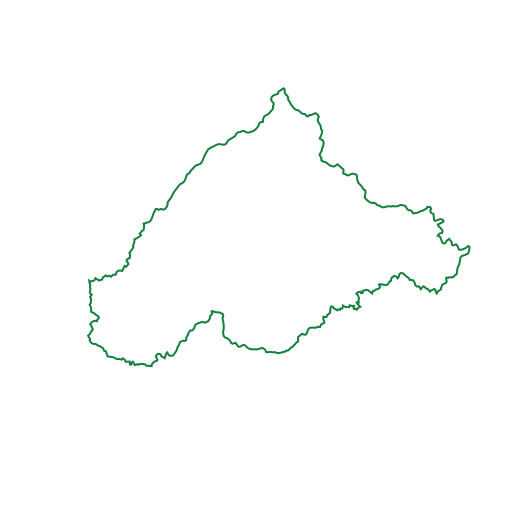 Goiás, Goiás, Brazil, rotated 148°
{"feature_id": "56859067B96777587562664", "entity_name": "Goiás", "entity_type": "district", "adm_level": 2, "iso_a3": "BRA", "parent_name": "Brazil", "parent_adm1": "Goiás", "projection": "orthographic", "projection_center": [-50.254, -15.839], "detail": "fine", "context": "isolated", "style": "outline", "palette": "green", "viewbox_px": 512, "rotation_deg": 148, "n_neighbors": 0, "source": "geoboundaries", "source_scale": "gbopen_adm2", "svg_char_len": 6112}
<svg xmlns="http://www.w3.org/2000/svg" viewBox="0 0 512 512"><g transform="rotate(148 256 256)"><path d="M196.2,364.3L198.7,365.9L199.9,368.3L201.2,369.2L203.9,369.5L205.7,370.5L207.6,370.2L210.5,368.7L218.3,368.8L221.8,367.1L223.9,367.1L228.4,370.7L230.6,371.2L237.2,371.8L240.2,371.7L244.4,369.6L252.2,364.4L254.5,363.6L258.3,364.5L260.0,364.5L267.0,362.6L268.4,361.5L271.2,361.8L276.5,357.6L279.2,356.9L282.6,357.1L291.9,353.6L297.4,350.4L302.4,348.4L304.0,346.2L305.7,344.9L308.6,344.0L310.3,344.6L311.5,346.2L314.0,346.7L314.8,348.1L316.2,349.0L319.8,346.8L324.7,342.9L327.3,341.6L329.5,341.7L334.2,343.0L334.7,341.1L337.5,337.6L339.7,337.6L342.8,336.5L342.5,334.5L346.6,334.2L350.3,334.5L351.5,332.6L354.7,330.0L355.0,328.7L358.0,327.1L361.7,325.7L361.9,324.0L364.4,321.0L365.6,321.6L367.6,321.3L368.5,320.2L368.1,318.2L368.6,316.7L371.9,315.7L372.7,317.2L377.4,314.2L378.7,315.6L380.6,316.5L383.0,316.2L384.9,314.5L387.2,315.9L389.9,315.2L390.8,316.9L392.8,317.5L393.8,319.2L397.5,318.8L399.0,317.5L400.7,318.2L402.0,318.2L403.9,322.3L405.9,321.0L407.6,321.2L408.7,321.9L410.1,321.9L410.6,323.3L411.5,321.2L411.9,319.0L413.4,317.5L413.7,316.0L416.2,313.3L416.4,311.7L415.7,310.3L418.4,309.2L418.4,307.4L419.2,306.1L421.1,303.6L422.8,302.9L423.2,299.6L425.4,296.0L423.6,293.5L422.6,289.9L421.6,288.4L422.2,286.6L424.0,286.3L425.5,285.0L426.7,286.3L428.4,286.8L429.7,287.0L432.8,286.1L432.7,284.0L433.2,280.5L434.3,279.5L436.0,279.5L437.6,278.1L440.6,277.4L440.8,273.2L441.9,272.5L441.7,269.4L440.5,267.7L438.6,266.4L437.7,264.2L435.9,261.8L434.6,258.7L435.0,256.1L433.8,254.8L435.1,249.5L430.9,246.0L429.8,244.5L428.7,242.3L426.3,241.0L424.7,239.2L423.2,239.8L422.3,237.8L422.5,235.3L419.1,233.5L420.4,230.8L419.3,230.0L418.2,231.4L416.4,231.6L416.6,227.7L414.0,227.2L413.3,226.0L411.8,226.0L410.4,225.2L407.5,222.9L407.1,221.1L402.9,217.9L401.9,219.3L400.3,219.8L398.0,220.3L395.8,219.6L394.6,220.1L394.1,224.0L392.4,225.0L390.2,224.6L388.9,222.9L389.5,221.5L387.6,217.7L384.1,220.7L382.4,221.3L382.5,218.0L381.7,216.9L378.9,215.5L374.2,217.6L372.4,218.7L371.2,220.1L369.3,220.8L366.3,223.1L365.0,223.3L362.8,222.8L361.2,221.6L359.8,221.6L358.9,223.2L357.5,224.3L355.4,225.1L354.6,226.2L351.1,227.7L349.8,226.7L348.4,226.9L346.6,227.6L343.9,229.8L340.7,229.7L336.3,228.5L334.5,226.4L331.0,226.0L328.4,227.4L326.9,229.2L323.6,230.3L323.0,232.6L321.7,232.1L320.5,230.1L316.9,227.5L314.9,224.4L315.7,222.2L317.1,221.4L320.0,214.5L321.9,211.5L324.6,208.4L325.8,205.4L325.5,203.6L323.6,200.7L322.8,197.7L323.1,195.2L322.3,193.9L319.4,193.3L319.1,188.8L317.8,187.5L314.6,187.5L313.2,187.0L312.4,185.5L311.9,182.8L310.8,180.7L309.1,179.2L304.5,176.2L299.3,174.7L298.0,172.0L298.2,169.0L294.1,166.7L293.1,165.5L291.3,164.7L289.0,162.2L287.7,161.3L281.7,159.5L280.4,159.8L279.1,158.9L277.7,159.0L275.1,159.8L273.2,159.5L271.8,160.2L270.5,160.2L267.3,161.3L265.5,161.2L263.4,164.9L258.0,165.6L256.9,163.6L254.8,162.9L250.6,166.1L248.4,166.6L245.1,164.8L243.6,163.6L240.9,163.1L239.4,161.8L237.1,163.4L233.4,163.2L232.6,164.8L232.6,166.2L231.9,167.8L231.0,168.8L229.7,167.5L228.5,166.9L227.4,168.0L223.4,168.5L220.4,172.4L218.9,173.4L217.6,172.0L217.8,170.3L216.6,168.6L215.9,166.8L214.3,167.1L213.4,165.9L212.1,166.7L211.0,165.7L209.6,166.5L208.6,167.9L207.1,165.2L204.1,163.3L202.5,164.5L201.1,162.8L199.3,161.8L200.8,160.5L200.9,159.0L199.2,158.5L198.9,157.0L196.4,157.9L194.5,157.7L195.4,161.5L195.2,163.2L193.5,162.1L192.7,164.1L191.2,165.3L190.3,168.8L190.8,170.9L188.9,171.3L186.5,170.4L186.6,168.9L185.0,168.2L184.2,169.9L180.6,169.0L179.1,167.6L177.4,162.7L175.6,164.2L173.9,163.8L172.5,164.1L170.0,163.4L168.2,163.4L167.1,164.2L166.8,166.6L165.4,166.4L164.5,165.2L161.3,162.6L159.4,162.0L156.2,163.6L154.5,163.4L153.6,164.8L152.0,165.8L149.1,165.8L147.7,163.6L147.7,162.0L146.2,162.6L143.8,164.7L142.3,164.8L140.5,163.5L139.8,160.6L138.0,155.6L138.4,154.4L135.6,152.2L135.5,149.9L136.3,146.9L135.7,144.8L133.8,143.8L133.9,140.6L130.2,141.6L129.4,140.5L129.1,138.4L127.8,137.2L127.4,133.7L125.9,134.0L122.1,133.5L121.9,131.6L122.5,130.2L122.5,128.4L120.4,129.6L116.9,129.7L115.9,130.9L113.0,133.0L109.2,132.5L107.8,133.3L107.2,135.6L105.9,136.8L105.1,135.7L103.4,135.6L102.1,134.5L99.6,133.6L97.5,134.3L95.9,134.2L94.6,135.1L92.2,138.3L90.3,139.9L88.3,141.0L83.2,146.5L81.4,146.9L77.8,146.0L74.7,145.7L71.1,149.0L70.1,150.8L70.6,151.9L75.0,151.7L77.8,152.2L80.5,153.7L79.8,157.9L80.2,159.9L83.4,160.6L83.8,162.2L82.7,164.0L83.2,168.3L86.2,167.8L88.9,166.7L90.4,167.3L90.9,168.9L89.8,173.5L90.0,175.4L91.2,176.8L89.7,177.6L88.0,177.7L85.9,177.0L84.5,178.4L84.5,181.5L85.4,184.7L85.1,186.3L79.3,185.7L78.3,186.6L78.9,188.5L80.3,189.7L85.4,190.8L85.9,192.2L83.3,197.4L84.4,199.4L84.7,200.9L84.0,202.2L82.5,203.3L82.3,205.0L84.7,206.9L85.8,206.0L90.6,206.1L92.3,206.7L95.7,207.0L100.2,208.8L100.2,211.9L101.2,213.3L102.4,214.0L102.9,215.8L102.9,219.4L104.6,221.3L106.3,222.7L109.6,223.2L112.4,224.7L113.5,225.9L115.0,226.3L118.1,228.5L120.6,229.0L123.2,230.4L124.8,233.5L126.2,234.8L126.5,236.5L127.6,238.5L129.5,239.5L131.0,241.4L132.3,244.6L132.8,248.0L129.1,252.3L128.6,253.7L129.5,255.6L129.5,259.6L130.5,263.8L129.4,268.0L128.0,270.5L127.9,272.1L130.6,274.8L135.4,275.6L136.5,277.0L137.0,278.6L138.3,279.6L137.7,280.8L136.5,282.0L135.9,283.4L136.6,284.6L137.4,288.2L138.4,290.6L142.2,290.4L143.4,291.3L145.3,293.5L147.0,298.2L149.7,301.5L149.8,303.0L148.6,304.1L148.6,308.1L144.5,310.5L142.5,312.7L141.2,313.3L138.7,315.9L138.0,318.4L139.8,321.8L135.4,324.8L133.3,327.3L133.6,329.2L132.2,332.1L132.2,337.4L131.0,339.4L128.9,340.8L128.9,344.0L130.1,345.7L134.4,346.3L135.8,347.3L137.2,346.8L138.8,347.4L139.2,350.4L140.9,351.7L141.6,352.9L142.9,357.1L144.6,358.8L145.4,360.5L146.1,365.8L145.7,368.5L145.9,371.3L144.6,374.1L144.6,375.8L145.3,377.5L145.0,379.4L143.4,382.2L143.8,383.6L150.0,383.4L151.4,382.0L156.7,383.0L158.7,382.3L160.2,380.8L160.6,379.2L160.1,376.3L160.9,374.8L162.1,374.3L163.2,372.3L165.0,371.3L170.6,369.8L174.8,370.2L177.8,368.0L179.0,366.1L181.4,367.0L183.1,366.7L184.5,365.4L186.5,364.4L189.4,363.6L191.8,363.4L196.2,364.3Z" fill="none" stroke="#15803d" stroke-width="2"/></g></svg>